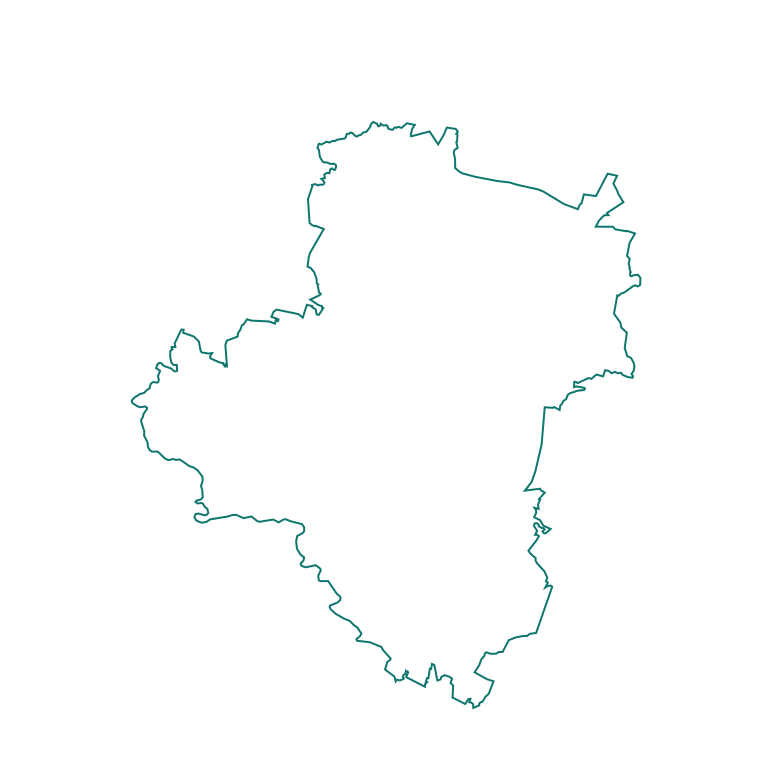 the district of Valle de Santiago, Guanajuato, Mexico, rotated 290°
{"feature_id": "50627088B5903999082745", "entity_name": "Valle de Santiago", "entity_type": "district", "adm_level": 2, "iso_a3": "MEX", "parent_name": "Mexico", "parent_adm1": "Guanajuato", "projection": "orthographic", "projection_center": [-101.283, 20.397], "detail": "fine", "context": "isolated", "style": "outline", "palette": "teal", "viewbox_px": 768, "rotation_deg": 290, "n_neighbors": 0, "source": "geoboundaries", "source_scale": "gbopen_adm2", "svg_char_len": 6166}
<svg xmlns="http://www.w3.org/2000/svg" viewBox="0 0 768 768"><g transform="rotate(290 384 384)"><path d="M243.1,218.6L240.2,229.5L240.5,232.9L239.2,238.3L234.8,245.1L231.4,246.6L225.6,246.9L222.5,249.3L215.5,252.5L212.9,251.4L210.1,247.6L208.8,247.1L208.0,249.7L209.8,253.3L209.5,255.0L207.2,257.6L206.3,260.7L202.7,263.0L200.7,262.3L199.3,260.6L198.8,254.1L197.5,251.5L194.3,251.3L191.6,254.1L191.2,258.7L191.7,261.1L193.9,264.5L197.3,266.9L206.0,282.4L208.8,286.0L210.5,289.9L209.9,297.8L214.2,304.8L211.9,311.5L211.9,314.1L218.7,326.2L218.0,332.4L222.3,335.9L223.3,338.1L223.1,343.1L224.3,354.9L221.9,358.1L218.2,359.3L216.0,358.5L211.4,354.4L206.2,355.2L199.5,358.5L195.2,363.8L193.7,368.3L190.6,368.7L187.1,367.2L185.5,367.8L184.8,369.7L185.2,373.6L190.4,381.8L188.7,387.2L187.2,388.3L181.1,387.8L177.2,390.0L177.1,391.9L179.7,398.9L170.8,411.3L169.4,415.1L168.2,416.3L165.9,416.7L162.8,415.1L157.2,409.0L155.8,409.2L154.0,411.0L151.4,417.6L149.9,426.7L149.6,433.2L147.2,437.9L146.2,442.0L141.8,448.1L138.9,447.7L134.8,445.3L133.5,446.6L136.5,459.0L136.0,471.4L133.4,474.5L128.3,484.1L127.1,484.3L124.1,482.2L116.1,482.6L112.7,493.7L108.6,496.7L110.5,497.0L110.9,500.2L113.4,503.2L114.3,503.2L115.3,501.8L117.6,502.0L118.8,503.1L121.9,502.8L121.4,503.5L122.0,504.5L121.0,505.4L116.6,504.9L116.1,505.4L113.5,526.1L116.0,525.2L118.6,526.5L118.6,525.1L122.5,525.1L122.7,526.3L132.2,524.5L132.5,525.7L137.4,524.9L137.1,527.4L123.6,535.6L125.8,538.3L128.2,538.0L131.1,540.4L131.3,545.4L130.4,548.7L125.7,548.9L124.3,552.1L112.8,555.7L111.1,569.7L116.8,571.1L117.7,572.9L114.1,573.0L114.5,574.8L113.7,577.2L110.2,578.7L114.6,583.4L116.0,582.8L118.0,583.6L118.9,585.1L124.7,586.3L128.8,588.4L142.1,588.6L141.8,581.7L144.1,567.7L152.0,569.6L159.0,569.7L162.4,571.2L165.7,571.0L166.9,572.2L167.0,576.7L169.1,581.9L171.3,583.3L172.8,587.1L186.0,588.9L190.8,594.3L194.8,600.9L196.2,604.7L199.0,606.3L202.1,612.1L251.0,611.4L251.6,609.5L250.2,606.9L248.0,605.2L253.5,605.9L254.0,603.6L257.8,603.7L262.9,598.7L268.0,588.9L270.3,586.5L272.2,586.2L274.8,579.4L276.8,576.7L289.0,580.7L294.0,581.7L294.7,579.4L294.0,577.6L298.4,578.1L302.1,573.3L304.6,573.3L305.5,575.6L304.6,577.6L303.3,577.9L302.7,581.7L303.2,583.2L302.3,584.7L299.7,583.3L298.5,585.3L298.8,586.8L304.8,590.2L305.4,582.1L309.4,577.3L310.2,570.6L315.0,571.1L317.6,569.9L319.1,567.8L319.5,572.0L323.5,569.9L328.7,570.2L328.8,569.0L336.9,572.2L337.8,567.7L339.0,566.5L332.0,552.9L342.4,556.2L353.6,556.1L381.1,552.8L417.1,543.0L419.4,551.0L420.6,551.6L419.6,557.9L424.3,557.0L425.5,557.9L429.2,558.3L432.1,560.3L436.6,560.4L438.7,561.7L444.1,568.5L446.8,574.2L448.6,574.3L448.9,573.4L447.5,565.7L446.1,563.6L451.1,562.1L451.6,563.7L451.1,565.7L459.5,574.1L459.8,577.2L465.5,580.3L466.1,587.2L472.6,587.1L473.1,590.5L472.0,594.3L474.3,596.7L474.2,600.2L475.6,602.8L474.2,605.1L473.9,611.0L474.9,615.4L476.5,615.4L478.1,613.2L482.1,614.1L486.7,613.1L488.9,611.7L492.9,607.4L493.4,603.1L500.1,597.9L515.2,594.7L518.3,587.6L522.6,585.1L528.7,576.1L547.0,572.9L547.1,574.2L549.8,575.7L552.5,578.7L561.3,584.7L562.7,586.3L562.4,589.0L564.7,590.8L571.3,588.7L573.5,585.4L571.7,581.5L569.9,579.7L570.0,578.3L572.8,577.2L573.5,577.6L576.3,575.1L577.6,575.1L580.7,572.8L585.6,572.1L587.5,568.6L600.6,566.5L611.3,568.4L611.0,559.8L610.4,559.4L608.4,548.4L610.1,545.5L604.3,529.2L611.3,530.2L618.0,533.3L619.4,537.1L620.9,535.0L636.7,546.8L643.1,538.7L645.3,537.1L650.8,531.0L659.4,531.8L658.1,522.2L633.1,518.9L630.5,507.0L621.3,507.8L619.6,506.6L614.6,506.4L614.6,491.8L619.4,467.6L619.5,461.9L616.8,441.7L616.3,432.7L613.6,421.6L609.9,398.9L608.8,385.8L609.4,381.9L611.3,377.0L619.6,373.9L625.3,370.4L628.0,370.1L631.0,372.5L636.0,369.2L636.9,369.7L642.7,368.0L643.9,367.4L643.8,366.3L646.5,367.0L648.2,364.2L646.5,355.4L638.2,354.9L627.7,352.9L636.9,340.5L626.0,324.8L627.3,324.0L633.3,323.2L638.0,324.3L636.8,316.3L630.7,313.0L630.5,309.3L629.3,308.5L628.7,306.4L625.7,305.0L625.3,301.2L626.2,299.7L627.3,299.6L628.1,297.8L626.6,295.1L627.4,291.8L625.1,291.8L624.2,290.3L626.2,288.4L626.5,284.2L624.1,283.0L620.4,283.0L614.8,281.1L613.2,278.5L610.0,276.9L608.8,274.8L607.4,274.2L607.1,272.8L609.1,268.1L608.7,266.3L607.3,265.8L606.3,263.5L602.8,263.7L601.1,262.9L597.6,256.5L595.7,254.9L594.9,252.6L592.2,250.1L592.1,247.2L587.7,243.3L587.5,240.6L582.9,240.7L581.9,242.7L575.4,246.1L572.0,250.3L571.7,251.4L572.8,255.3L572.4,257.8L573.9,262.1L573.2,264.0L571.6,264.7L568.5,264.7L568.0,263.3L568.8,261.6L568.4,260.8L567.2,260.1L563.5,260.6L562.9,258.3L560.4,256.2L557.2,258.0L555.4,255.0L553.1,259.1L551.2,259.1L550.0,257.8L549.5,255.6L548.1,254.3L548.3,251.0L546.5,248.3L545.3,249.0L531.6,249.4L509.8,259.0L508.6,262.6L508.7,265.3L509.2,265.5L509.1,274.4L482.2,269.7L477.5,269.9L468.1,272.0L468.0,275.4L465.2,280.1L459.9,284.6L455.6,286.5L455.0,288.2L454.1,287.9L447.8,291.7L447.0,293.8L445.4,293.1L438.1,285.8L435.8,295.2L435.9,299.3L434.4,299.7L434.5,301.0L426.7,299.2L426.3,297.0L430.8,294.2L431.7,290.1L432.7,290.0L432.0,284.4L418.6,285.0L420.4,279.7L417.2,257.7L414.1,255.5L408.6,255.3L408.7,262.7L406.9,263.0L406.8,260.4L403.5,261.0L403.4,254.4L398.3,237.9L397.9,233.1L391.9,231.7L390.6,230.4L386.6,230.5L381.6,229.5L378.5,230.2L371.0,221.5L366.4,221.6L346.7,230.5L346.2,229.0L348.1,229.7L348.2,228.2L346.6,227.9L348.0,225.6L348.7,225.7L348.0,222.2L348.7,212.2L350.3,211.1L354.3,211.9L352.6,208.7L351.3,201.8L352.8,200.1L360.6,195.5L363.6,189.0L363.4,177.8L366.5,177.1L365.8,174.9L350.5,173.4L347.4,175.3L346.0,171.8L344.9,172.1L344.3,173.3L341.7,171.9L335.6,174.2L331.3,177.0L329.9,179.6L331.0,182.7L325.7,185.1L324.6,184.2L324.3,182.7L325.8,178.3L325.7,171.1L327.3,167.5L326.9,165.4L324.9,164.4L321.0,164.4L319.8,169.1L314.1,168.9L311.3,170.8L308.8,171.2L307.7,170.4L307.0,166.7L305.9,165.6L304.1,164.7L299.7,165.2L297.3,163.3L293.6,161.6L290.9,157.9L285.4,153.8L281.9,152.6L279.9,154.4L278.7,160.1L278.9,163.2L281.2,167.2L280.7,169.4L279.2,169.8L274.0,168.3L270.5,168.7L267.6,168.0L265.6,168.7L257.5,175.0L253.6,176.1L248.2,181.8L244.1,183.7L241.9,186.3L241.1,189.0L243.1,194.5L239.1,203.6L238.7,207.5L241.5,211.7L241.5,214.7L243.0,217.0L243.1,218.6Z" fill="none" stroke="#0f766e" stroke-width="2"/></g></svg>